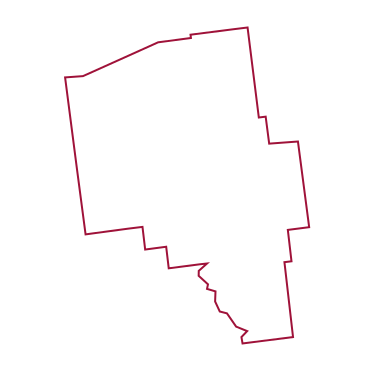 Sangamon, Illinois, United States of America, rotated 83°
{"feature_id": "52423323B88082099567325", "entity_name": "Sangamon", "entity_type": "district", "adm_level": 2, "iso_a3": "USA", "parent_name": "United States of America", "parent_adm1": "Illinois", "projection": "robinson", "projection_center": [-89.552, 39.749], "detail": "fine", "context": "isolated", "style": "outline", "palette": "rose", "viewbox_px": 384, "rotation_deg": 83, "n_neighbors": 0, "source": "geoboundaries", "source_scale": "gbopen_adm2", "svg_char_len": 669}
<svg xmlns="http://www.w3.org/2000/svg" viewBox="0 0 384 384"><g transform="rotate(83 192 192)"><path d="M203.1,80.3L154.8,80.7L153.4,109.5L126.2,109.7L126.2,116.6L35.5,116.8L35.5,131.2L35.7,174.3L39.0,174.3L39.3,207.4L44.9,225.4L63.7,286.1L62.8,304.0L108.4,303.7L153.4,303.4L221.1,302.8L221.0,295.6L220.6,259.6L220.6,245.4L243.4,245.5L243.2,224.3L264.9,224.4L264.7,192.9L264.8,185.8L271.1,194.9L276.0,195.6L285.6,187.4L290.0,188.9L293.5,180.8L303.5,182.4L314.0,179.0L316.7,172.1L331.0,164.6L336.8,154.2L342.0,160.6L348.5,160.3L348.4,141.0L348.3,109.4L272.9,108.8L272.9,101.7L241.3,101.5L241.2,80.0L203.1,80.3Z" fill="none" stroke="#9f1239" stroke-width="2"/></g></svg>